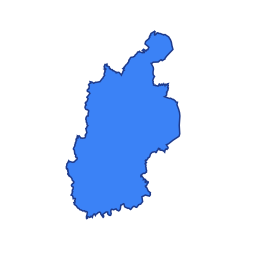 Chinicuila, Michoacán, Mexico, rotated 217°
{"feature_id": "50627088B20699508066130", "entity_name": "Chinicuila", "entity_type": "district", "adm_level": 2, "iso_a3": "MEX", "parent_name": "Mexico", "parent_adm1": "Michoacán", "projection": "robinson", "projection_center": [-103.39, 18.747], "detail": "fine", "context": "isolated", "style": "filled", "palette": "blue", "viewbox_px": 256, "rotation_deg": 217, "n_neighbors": 0, "source": "geoboundaries", "source_scale": "gbopen_adm2", "svg_char_len": 5812}
<svg xmlns="http://www.w3.org/2000/svg" viewBox="0 0 256 256"><g transform="rotate(217 128 128)"><path d="M72.0,78.0L75.5,81.4L73.8,84.9L69.9,86.5L69.9,87.8L70.3,88.6L70.9,89.0L71.2,89.8L73.8,89.8L77.5,91.8L78.2,91.5L78.8,92.1L79.6,91.7L78.9,92.4L78.7,93.2L78.7,94.2L79.2,95.0L79.1,96.2L78.9,96.4L79.4,97.1L80.5,96.4L80.9,96.7L81.3,95.2L81.9,94.6L81.6,95.6L81.9,95.6L82.0,96.8L82.2,97.0L83.2,96.8L83.3,97.3L83.9,97.1L84.6,96.1L85.0,97.1L87.5,97.7L88.1,98.1L88.5,98.0L88.2,97.4L88.3,97.0L88.9,97.4L89.3,98.4L88.5,101.0L87.2,101.9L87.2,103.4L86.7,103.8L87.7,105.4L88.9,106.1L89.4,107.0L90.7,107.8L91.3,109.2L92.8,109.7L92.9,110.4L92.4,111.1L92.5,111.6L93.5,111.5L94.6,112.5L94.4,113.3L93.7,113.4L93.7,115.6L94.0,116.5L93.4,117.3L93.4,118.1L94.4,120.8L94.1,123.1L92.7,124.8L92.0,125.3L90.9,125.2L90.7,125.7L91.2,127.5L90.9,128.6L91.1,129.8L92.0,130.3L91.3,130.1L90.3,130.6L90.1,130.1L89.1,129.6L87.4,130.7L85.8,131.1L84.2,130.8L85.0,132.4L85.1,133.4L84.9,134.3L84.0,134.4L83.9,136.0L84.3,136.6L87.3,137.7L86.2,139.6L84.6,145.7L82.4,151.7L82.3,152.3L83.2,154.5L88.7,161.0L93.8,168.8L96.1,171.3L98.8,173.4L102.9,176.0L104.0,178.3L105.2,177.6L106.6,178.1L108.9,178.2L109.2,177.8L111.9,177.4L112.7,176.5L117.6,175.0L117.2,175.8L117.0,177.6L118.1,179.0L118.1,179.6L118.8,179.8L118.8,181.8L119.9,184.3L120.7,184.2L121.5,186.3L122.4,186.4L122.6,187.5L123.3,186.6L123.1,186.1L123.2,185.5L124.3,185.4L124.0,184.2L124.5,184.5L125.2,184.4L126.0,184.8L125.9,183.8L126.2,183.1L127.0,183.6L127.5,183.3L127.3,182.4L127.5,181.7L128.5,181.5L128.8,182.1L129.5,182.0L129.4,181.1L128.9,180.2L129.4,179.4L130.2,179.2L131.8,178.3L132.2,178.6L132.6,178.1L133.5,177.7L134.2,178.8L135.1,179.0L135.9,180.4L136.9,180.9L137.8,184.0L137.8,185.1L139.7,185.6L140.6,186.4L141.8,187.9L143.1,190.4L144.3,191.6L148.3,193.5L147.9,193.8L147.5,195.7L143.6,198.9L142.9,202.0L142.5,202.5L141.5,202.3L141.1,202.5L140.6,204.2L140.0,205.2L140.4,206.1L140.4,209.0L139.4,217.8L142.7,220.4L145.0,222.6L147.2,224.0L150.4,225.2L154.7,224.9L155.7,223.7L156.3,223.8L157.1,223.3L158.8,223.0L160.6,221.9L160.9,222.1L162.0,221.6L162.1,219.1L162.7,218.3L163.0,218.4L163.1,219.4L163.8,219.6L164.3,221.2L165.0,221.2L164.9,220.6L165.3,220.4L166.5,217.4L166.4,216.5L165.8,215.8L166.1,215.4L165.9,214.0L165.3,213.8L165.3,212.2L165.0,212.0L165.8,208.9L165.9,207.5L165.0,205.4L160.5,205.2L159.8,204.9L159.8,203.9L159.3,202.7L160.4,201.0L160.0,200.9L160.0,200.3L162.9,200.3L163.2,198.5L160.7,198.6L160.4,198.1L161.9,196.7L164.2,195.9L165.0,196.1L165.2,195.1L165.8,194.8L166.0,194.1L165.7,192.9L166.2,190.4L165.9,189.3L166.8,187.5L168.2,186.2L168.3,185.2L168.0,184.2L168.2,183.5L167.9,182.3L167.6,182.2L167.2,180.2L167.4,179.8L167.2,179.4L167.7,176.3L167.4,175.3L167.7,174.5L167.1,173.7L167.6,173.5L167.4,172.8L167.7,172.5L167.1,172.4L166.4,171.5L165.9,171.7L166.1,170.9L166.0,169.9L165.4,168.4L165.5,167.2L165.1,166.3L168.5,167.0L169.2,166.7L170.5,165.1L170.8,165.6L171.2,165.3L174.0,165.1L174.5,164.7L175.8,165.1L176.5,164.5L177.5,164.4L178.1,164.8L178.6,164.4L179.8,165.6L182.5,164.8L182.7,165.8L183.2,165.7L183.4,166.1L183.7,165.4L184.6,164.9L184.0,162.7L183.7,162.7L183.1,161.8L182.6,161.8L182.5,161.5L182.0,161.3L181.5,161.7L181.4,161.3L181.8,160.9L181.1,161.0L181.3,160.5L180.8,159.6L180.1,159.1L180.3,158.7L179.5,156.6L178.4,156.0L178.4,153.7L178.1,152.7L178.3,151.7L178.3,148.1L180.7,145.4L181.3,145.2L182.4,143.1L184.3,143.0L186.1,142.2L184.8,141.4L185.5,140.4L185.5,138.7L184.3,138.4L182.9,136.1L183.3,135.7L183.0,135.3L183.4,133.7L182.4,132.8L181.1,133.3L179.2,132.7L179.3,128.0L179.8,127.4L179.1,127.8L177.5,127.4L176.8,124.5L176.9,123.4L177.3,123.1L177.2,122.4L176.8,121.9L176.0,121.8L175.9,121.5L175.2,121.2L175.5,120.5L174.9,118.7L173.6,117.8L172.8,117.6L172.0,117.8L171.4,118.3L169.7,118.0L168.4,115.3L167.1,113.7L167.9,113.0L168.0,112.2L167.6,110.7L166.9,109.5L166.0,109.1L164.8,107.6L163.9,107.4L162.6,105.9L161.5,105.8L161.5,103.8L161.1,103.3L161.4,102.2L158.0,99.5L157.9,96.7L157.5,96.8L156.6,95.1L156.5,94.1L158.3,92.3L158.8,92.3L159.4,91.6L162.2,92.3L162.3,91.8L162.7,91.9L162.9,91.5L163.4,91.4L162.6,90.8L163.2,90.5L162.1,89.7L162.9,89.0L162.3,88.0L162.6,87.7L161.8,87.3L162.0,86.9L161.2,85.6L161.3,84.8L160.6,84.2L160.7,83.5L160.2,82.8L160.3,82.4L159.7,81.9L159.3,79.0L158.9,78.3L157.5,78.0L154.9,75.2L154.0,75.3L153.5,75.1L152.7,73.6L151.6,73.2L151.0,73.7L150.0,72.9L149.9,71.7L150.4,70.6L150.4,69.0L150.8,68.0L151.1,68.0L151.8,67.1L153.9,66.4L154.4,65.8L155.6,66.2L155.5,65.7L155.1,65.3L155.4,64.6L155.1,63.7L155.2,62.5L154.3,61.2L154.0,60.0L152.9,58.7L152.0,59.1L151.7,58.3L151.1,58.5L150.6,57.8L150.0,57.7L149.9,57.1L148.9,56.7L148.7,55.4L148.1,54.8L147.5,55.4L146.6,54.3L146.0,54.7L145.6,54.3L144.3,54.4L142.4,53.9L141.2,52.8L139.0,52.5L138.6,52.1L138.3,51.1L138.8,50.4L138.8,48.3L137.6,47.6L136.3,47.9L136.1,47.8L135.1,46.0L135.2,45.0L134.6,44.2L133.9,43.9L134.0,43.2L133.3,42.7L133.1,40.2L131.7,40.6L130.4,39.8L129.2,38.5L128.0,39.9L127.6,40.0L127.0,39.0L126.9,37.9L125.9,37.2L126.4,35.8L126.1,35.6L125.4,35.9L124.9,34.7L122.5,34.7L120.4,34.0L119.8,33.9L119.0,34.2L117.2,33.8L115.9,34.4L114.2,34.5L112.8,35.8L111.7,35.4L110.8,36.3L109.8,36.3L108.6,34.2L108.0,32.4L106.8,30.9L106.4,30.8L106.1,31.6L106.9,32.0L106.7,33.1L104.8,33.5L104.4,34.3L104.6,35.1L104.3,35.4L102.7,35.2L103.5,37.0L103.3,39.0L103.0,39.1L101.4,38.5L101.7,39.9L101.0,41.2L101.0,42.3L100.1,43.8L99.1,43.9L97.9,42.9L94.1,41.7L94.0,42.3L94.4,43.1L95.6,43.4L96.1,44.0L94.9,47.8L93.6,48.6L92.6,47.2L90.4,47.0L89.4,47.7L89.4,48.3L90.1,49.8L90.8,50.2L92.0,51.6L92.2,53.1L91.8,53.5L90.4,53.9L88.9,56.2L87.7,55.8L85.5,56.2L85.2,57.2L85.4,58.7L87.3,62.1L86.9,62.4L86.0,64.8L85.6,64.9L83.4,63.2L82.7,63.1L79.7,63.8L79.0,64.5L77.0,64.4L76.7,65.4L76.8,66.8L76.5,68.6L75.7,69.3L74.0,69.5L73.3,69.9L73.3,73.2L72.1,74.8L72.0,78.0Z" fill="#3b82f6" stroke="#1e3a8a" stroke-width="1.5"/></g></svg>